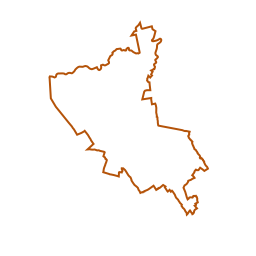 the district of Popricani, Iasi, Romania, rotated 346°
{"feature_id": "2599482B80452302605410", "entity_name": "Popricani", "entity_type": "district", "adm_level": 2, "iso_a3": "ROU", "parent_name": "Romania", "parent_adm1": "Iasi", "projection": "albers", "projection_center": [27.54, 47.269], "detail": "fine", "context": "isolated", "style": "outline", "palette": "amber", "viewbox_px": 256, "rotation_deg": 346, "n_neighbors": 0, "source": "geoboundaries", "source_scale": "gbopen_adm2", "svg_char_len": 5780}
<svg xmlns="http://www.w3.org/2000/svg" viewBox="0 0 256 256"><g transform="rotate(346 128 128)"><path d="M186.9,146.5L183.6,144.9L183.4,145.0L182.0,144.5L180.1,143.2L177.5,142.0L176.0,141.3L161.2,134.5L158.2,133.1L158.0,132.9L158.0,132.2L158.2,130.1L158.6,128.4L158.7,126.4L159.1,125.3L159.0,124.1L158.8,123.8L158.7,123.8L159.0,122.7L159.1,119.9L160.3,115.5L160.4,114.8L160.5,112.5L160.3,110.9L157.0,110.8L157.4,106.1L157.8,104.5L148.8,103.7L152.6,96.6L153.6,95.9L155.4,95.9L156.7,96.2L158.8,96.7L159.5,91.3L159.9,88.9L159.0,88.5L158.7,88.2L158.4,87.1L158.2,86.8L158.0,86.6L158.4,85.7L158.7,84.6L159.1,84.3L159.4,83.9L160.4,82.2L161.8,84.4L163.4,83.2L164.0,82.9L163.4,81.6L165.5,79.3L164.4,77.8L167.5,77.3L167.4,76.8L168.1,76.6L168.4,76.4L168.7,75.8L169.0,75.0L168.6,74.0L168.5,73.3L168.6,72.7L169.0,72.3L170.8,71.6L171.2,71.2L171.3,71.0L171.3,70.5L170.9,69.2L170.9,68.6L171.1,68.3L172.5,67.7L173.5,67.0L174.2,66.4L174.2,66.2L174.2,65.9L174.1,65.6L172.7,63.8L172.6,62.5L172.7,62.1L172.9,61.5L175.1,58.0L175.6,56.8L176.2,54.9L176.7,54.0L177.0,53.8L179.4,52.9L180.2,52.5L180.9,51.9L181.5,50.9L181.6,50.4L181.5,49.8L181.1,49.3L180.6,49.1L178.3,49.8L176.9,50.0L174.8,50.0L173.4,49.9L172.7,49.6L172.4,49.2L172.5,48.6L172.8,48.3L174.0,47.6L174.8,46.6L175.5,45.5L178.1,40.7L175.7,38.1L175.7,35.1L165.9,35.2L165.6,35.1L165.3,34.8L165.2,34.5L165.1,28.8L163.1,30.7L160.7,32.0L159.9,32.6L159.6,33.1L159.6,35.8L157.4,35.8L153.8,39.1L158.3,39.3L157.6,57.5L157.5,57.8L156.1,58.2L155.2,57.7L154.3,57.7L153.7,57.5L151.5,55.6L150.2,53.8L149.7,53.5L148.3,53.1L148.0,52.7L147.9,52.3L148.1,51.1L148.1,50.7L147.6,50.2L147.0,50.2L145.8,50.9L145.4,51.2L145.4,51.5L145.1,52.0L144.9,52.2L144.5,52.3L143.7,52.0L142.9,51.4L142.4,51.3L141.2,51.4L140.8,51.3L140.5,51.1L140.3,50.7L140.1,49.6L139.9,49.2L139.7,49.1L136.0,48.7L134.5,49.7L132.9,50.1L132.1,50.5L131.7,50.9L131.1,51.1L131.0,51.5L131.1,52.2L130.6,53.0L130.0,53.4L128.5,53.8L128.0,54.2L126.6,55.9L125.2,57.5L125.5,59.4L125.3,60.3L125.1,60.5L124.4,60.9L121.3,61.7L120.3,61.5L119.9,61.2L119.0,60.5L117.0,60.7L116.7,62.5L116.5,63.2L115.9,64.1L114.9,64.7L114.4,64.8L114.0,64.8L113.4,64.3L112.8,63.0L112.5,61.5L108.7,62.1L107.2,62.2L106.7,62.0L105.7,61.4L104.9,60.6L103.8,58.9L103.2,58.3L101.9,57.6L100.8,57.5L98.9,57.7L95.7,56.7L94.5,56.8L93.0,57.4L91.1,58.5L89.6,60.0L87.6,61.1L87.0,61.3L86.4,61.2L84.9,60.4L83.8,60.2L82.8,60.3L81.3,60.9L80.7,60.9L80.0,60.6L79.1,59.7L77.8,59.2L73.4,58.2L72.3,58.4L71.6,58.8L71.3,59.1L70.7,60.3L70.4,60.8L69.7,61.1L69.0,61.2L68.3,60.7L67.2,59.9L66.5,59.6L63.9,58.8L64.2,59.0L63.9,61.2L60.3,80.6L63.1,89.9L71.7,108.4L73.9,112.9L74.5,114.8L75.1,115.9L75.4,116.8L77.0,122.2L81.6,121.5L84.8,120.6L85.3,120.3L86.2,122.3L86.6,123.1L86.8,123.7L87.3,124.7L88.0,126.9L88.2,127.8L88.8,129.3L89.2,131.2L90.4,134.4L90.7,135.1L83.5,139.0L86.0,139.4L86.8,139.9L88.6,140.5L90.4,140.8L92.7,142.3L94.0,142.5L94.3,142.6L95.3,143.4L99.0,145.3L99.4,145.7L99.5,145.9L97.3,149.5L98.0,150.4L98.3,150.6L98.6,151.1L98.6,152.5L98.9,152.8L99.3,152.9L99.7,154.0L98.6,155.9L97.5,157.4L97.2,157.8L97.1,158.2L95.5,160.4L94.7,161.7L93.6,164.3L93.3,164.9L98.3,167.9L99.4,168.7L100.1,168.9L102.8,170.2L106.2,172.1L107.3,172.8L108.5,168.9L108.9,168.7L111.1,169.6L111.3,169.0L111.7,169.0L112.1,168.6L112.3,168.2L112.0,166.2L112.2,165.6L113.6,166.0L115.0,168.1L115.6,169.8L116.9,173.9L117.5,175.1L117.9,175.7L118.5,176.5L118.8,178.7L118.8,179.6L118.7,179.8L119.5,182.2L120.6,185.0L121.0,185.4L122.6,187.6L123.1,188.5L123.3,190.6L123.9,191.9L124.3,194.0L125.6,193.7L126.7,194.0L126.9,193.7L128.7,193.6L128.8,193.5L128.8,193.2L131.1,192.9L132.2,192.7L134.0,192.1L138.8,190.2L139.3,191.5L140.4,194.9L142.1,194.4L142.0,194.1L142.5,193.9L143.5,193.6L144.0,193.9L148.3,191.8L150.2,193.8L149.4,194.4L150.9,198.8L151.2,199.3L153.4,198.1L154.2,200.2L155.5,199.5L156.0,200.4L157.3,204.0L157.6,206.3L157.9,207.4L159.2,209.6L159.6,211.1L160.0,212.1L160.4,213.4L161.1,214.4L161.6,215.4L161.4,215.5L161.1,216.6L161.4,217.1L161.8,218.6L162.4,219.4L162.5,219.5L163.1,220.7L163.5,222.2L163.5,222.6L163.6,223.0L164.1,223.8L164.4,225.6L164.3,226.0L164.1,226.2L164.1,226.3L164.8,225.9L168.0,223.0L168.3,223.0L169.0,225.4L169.5,226.1L169.6,227.2L170.1,227.1L171.0,226.4L171.4,226.1L171.4,225.7L171.8,225.3L172.3,224.3L172.8,223.8L173.2,223.5L175.5,222.7L173.9,219.5L175.4,219.1L175.5,218.8L175.1,217.7L177.7,217.1L177.8,217.0L177.6,215.9L177.6,215.4L177.8,214.2L178.1,213.4L178.1,212.9L178.0,211.4L177.5,210.3L176.9,210.6L176.2,210.0L175.2,209.8L175.0,210.1L174.8,210.2L174.6,210.1L174.2,210.5L174.0,211.0L173.8,211.1L172.0,210.4L170.8,210.3L170.5,210.5L169.6,211.3L168.6,211.7L168.3,209.6L168.1,203.9L167.4,199.4L169.0,197.4L171.0,196.7L171.6,196.3L173.0,195.1L173.7,193.8L176.5,193.5L178.5,192.8L180.1,192.6L180.5,192.5L180.0,191.2L179.5,190.2L178.9,189.4L181.2,187.5L181.7,187.0L182.0,186.2L183.8,184.8L184.0,184.9L184.3,185.3L184.6,185.6L186.2,185.9L188.4,184.0L190.5,186.4L191.7,188.1L195.7,186.8L195.5,185.4L195.2,184.6L194.4,183.3L193.9,181.7L193.8,180.8L193.6,180.3L193.5,179.6L193.6,179.4L193.8,178.9L193.5,178.3L193.0,177.8L192.9,177.5L193.1,177.2L193.1,176.8L192.7,176.4L192.5,175.9L190.7,174.9L190.6,174.6L191.4,174.4L191.2,174.2L190.9,173.6L191.0,173.2L191.1,172.9L190.7,171.6L189.9,170.4L189.6,169.6L189.6,169.2L189.4,169.1L189.3,168.0L188.7,166.7L188.7,166.2L188.0,165.1L187.6,164.9L187.3,164.4L187.3,162.8L187.0,162.1L187.0,161.2L186.8,160.8L186.8,160.3L186.6,159.8L186.6,158.6L186.5,158.1L186.7,157.5L187.2,157.0L186.9,156.3L186.7,156.1L186.6,155.8L186.5,155.5L186.2,155.4L185.9,154.9L185.9,154.6L185.8,154.3L185.5,154.1L184.9,152.6L184.6,152.1L184.7,151.7L184.7,151.1L184.7,150.8L184.5,150.6L184.5,150.4L184.9,149.9L185.8,149.3L185.8,148.6L186.0,148.1L186.1,147.5L186.2,147.3L186.5,147.2L186.9,146.5Z" fill="none" stroke="#b45309" stroke-width="2"/></g></svg>